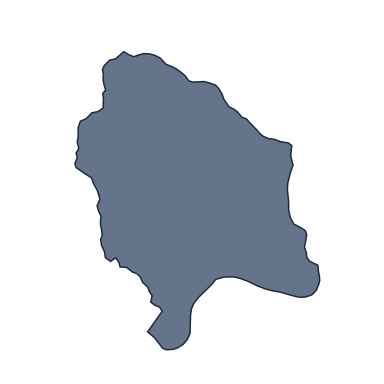 Itaju, São Paulo, Brazil (Natural Earth projection), rotated 259°
{"feature_id": "56859067B23985784357287", "entity_name": "Itaju", "entity_type": "district", "adm_level": 2, "iso_a3": "BRA", "parent_name": "Brazil", "parent_adm1": "São Paulo", "projection": "natural_earth1", "projection_center": [-48.797, -21.954], "detail": "fine", "context": "isolated", "style": "filled", "palette": "slate", "viewbox_px": 384, "rotation_deg": 259, "n_neighbors": 0, "source": "geoboundaries", "source_scale": "gbopen_adm2", "svg_char_len": 1940}
<svg xmlns="http://www.w3.org/2000/svg" viewBox="0 0 384 384"><g transform="rotate(259 192 192)"><path d="M96.0,301.6L101.8,294.1L106.3,292.2L110.3,292.7L116.7,291.9L122.5,294.4L128.1,296.4L132.4,295.9L136.3,291.9L141.1,285.8L147.9,283.7L155.5,283.4L164.2,285.0L169.1,285.5L175.8,286.0L182.4,287.7L191.4,291.9L195.1,293.9L198.9,296.3L208.8,295.8L213.1,297.1L218.5,298.8L221.8,295.9L224.6,288.3L228.0,282.9L230.0,277.1L232.8,272.9L236.1,270.0L240.8,267.3L246.0,263.9L249.9,261.4L253.4,259.4L255.9,255.3L262.1,251.8L265.1,249.1L268.5,244.7L276.8,241.0L282.9,240.1L288.7,237.8L292.4,235.5L295.3,230.7L298.1,225.0L299.7,213.7L301.8,210.0L307.2,207.6L311.0,204.6L316.2,199.7L318.7,196.5L322.4,190.8L329.7,186.2L333.3,181.5L335.7,176.6L337.1,170.7L336.6,165.2L335.9,160.8L338.6,156.4L342.8,151.8L340.0,147.1L337.3,142.4L337.1,136.2L332.6,129.7L329.1,127.4L324.5,127.5L319.3,126.1L314.3,126.1L308.6,126.7L305.7,123.2L301.1,123.0L295.8,121.7L291.4,120.9L289.0,115.6L288.7,108.5L284.2,102.3L282.8,95.9L276.8,92.5L268.0,90.8L262.7,88.8L256.3,89.2L252.3,85.6L247.8,86.1L242.3,82.4L237.8,83.1L234.4,86.5L231.1,89.7L228.2,92.7L224.9,96.1L219.2,96.9L211.3,99.4L206.7,99.9L202.4,100.2L196.6,96.2L191.2,96.6L185.7,98.0L180.9,96.6L177.0,95.9L172.2,96.1L166.4,95.5L163.0,93.4L157.3,93.0L149.9,94.7L144.1,94.4L139.4,98.8L141.9,104.5L136.9,106.8L132.1,107.1L130.5,113.4L124.9,118.1L122.2,122.5L118.5,125.0L112.9,126.2L106.7,130.6L102.4,131.1L97.6,133.0L91.8,130.5L87.5,134.3L85.2,138.2L80.5,139.9L68.9,127.7L63.2,121.8L55.9,127.5L44.3,133.3L41.9,137.0L41.2,143.2L41.7,147.9L44.1,154.2L48.0,159.1L53.3,163.0L71.9,167.2L77.6,169.4L82.0,172.2L87.3,178.3L97.2,193.3L101.7,198.7L102.4,207.1L100.8,216.5L98.3,222.3L93.8,229.7L87.5,238.0L82.8,245.7L80.7,249.9L78.9,254.2L76.9,259.4L74.1,264.9L69.4,274.3L67.9,278.7L67.3,283.6L68.2,290.2L71.8,295.3L77.2,298.8L80.9,300.5L84.8,301.0L90.1,301.0L96.0,301.6Z" fill="#64748b" stroke="#1e293b" stroke-width="1.5"/></g></svg>